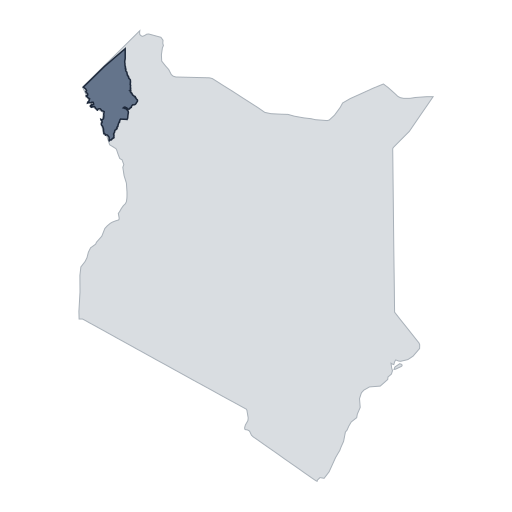 Turkana West, Rift Valley, Kenya shown in context
{"feature_id": "3690345B77554234988908", "entity_name": "Turkana West", "entity_type": "district", "adm_level": 2, "iso_a3": "KEN", "parent_name": "Kenya", "parent_adm1": "Rift Valley", "projection": "albers", "projection_center": [34.901, 4.052], "detail": "fine", "context": "in_parent", "style": "filled", "palette": "slate", "viewbox_px": 512, "rotation_deg": 0, "n_neighbors": 0, "source": "geoboundaries", "source_scale": "gbopen_adm2", "svg_char_len": 7749}
<svg xmlns="http://www.w3.org/2000/svg" viewBox="0 0 512 512"><path d="M79.1,319.0L78.9,311.4L80.0,292.2L79.9,275.4L80.9,266.9L85.1,261.5L87.0,257.7L88.4,252.2L90.6,247.8L95.6,244.2L96.5,242.2L101.8,236.2L104.9,228.4L107.3,225.8L110.3,223.3L112.4,222.1L115.8,220.8L118.5,220.0L119.0,219.4L119.2,218.2L118.3,213.4L119.5,211.8L121.3,208.6L123.4,205.6L125.4,203.7L126.4,201.7L126.9,198.3L127.0,195.9L127.0,192.0L126.4,183.1L124.1,175.7L122.8,167.3L123.8,164.6L122.0,159.7L121.2,159.4L119.7,158.4L117.9,153.7L116.5,149.5L115.7,148.5L109.7,144.8L106.8,136.1L103.5,134.2L101.7,125.6L101.3,123.1L103.2,114.5L103.0,112.5L101.0,110.7L95.5,108.9L90.9,105.3L91.5,104.1L91.9,102.8L89.5,101.9L82.6,87.2L91.5,78.4L100.5,69.4L112.0,58.1L122.6,47.7L131.7,38.7L139.8,30.7L139.6,32.2L139.7,34.3L140.7,35.5L142.3,36.4L144.7,35.5L146.7,34.2L148.7,34.0L160.9,37.3L163.0,40.2L162.8,43.3L163.4,45.6L162.4,47.9L161.4,54.8L161.7,61.1L165.4,65.8L168.7,69.5L171.3,74.6L173.2,76.2L175.9,77.0L184.3,77.2L196.7,77.5L208.7,77.8L209.8,77.9L212.4,78.6L223.4,85.6L233.5,91.9L242.1,97.5L250.4,102.8L258.5,108.0L264.8,112.4L271.0,113.7L281.0,114.2L287.9,114.4L294.4,116.2L303.9,117.9L311.0,118.7L315.4,119.7L327.3,120.6L329.3,120.0L334.5,115.2L340.3,107.3L342.6,103.0L350.2,98.6L363.5,92.6L372.9,88.3L383.4,84.0L388.2,87.6L394.8,93.5L397.7,96.3L400.1,97.6L403.7,98.4L408.0,98.4L410.4,98.3L415.3,97.5L426.6,96.7L433.1,96.7L427.7,104.6L421.2,114.0L409.3,131.4L400.2,140.5L393.3,147.5L392.7,148.7L392.8,156.3L393.0,175.1L393.4,212.5L393.8,249.9L394.3,287.2L394.5,305.9L394.6,312.2L400.7,320.0L406.8,327.6L414.7,337.6L419.0,343.0L419.7,344.8L419.6,348.5L413.1,356.1L407.8,359.6L400.6,361.3L398.5,361.0L395.7,359.9L394.6,361.8L393.8,364.6L392.2,364.0L391.0,363.2L391.7,368.2L392.5,370.7L391.4,374.1L388.0,377.0L387.7,379.5L380.2,386.1L369.5,386.9L363.9,390.1L361.4,392.8L359.5,398.6L360.2,407.4L357.3,414.2L356.7,417.6L351.2,422.0L348.8,426.1L347.0,430.2L345.4,432.0L343.6,441.3L341.1,446.9L340.4,448.7L339.8,450.4L337.8,453.7L336.5,456.0L335.6,457.5L329.1,471.8L324.1,478.3L320.0,477.6L317.4,480.1L317.1,481.3L315.7,480.6L312.3,478.3L305.4,473.5L298.5,468.6L291.6,463.8L284.7,459.0L277.9,454.1L271.0,449.3L264.1,444.5L257.2,439.6L253.1,436.8L251.4,435.1L249.9,431.8L249.3,430.9L247.4,429.9L245.3,429.6L244.7,429.0L244.7,427.4L245.4,425.0L247.9,420.6L248.2,417.9L247.7,415.0L246.9,410.2L246.2,409.1L241.6,406.6L232.1,401.4L222.5,396.2L213.0,390.9L203.5,385.7L193.9,380.5L184.4,375.2L174.9,370.0L165.4,364.7L155.8,359.5L146.3,354.2L136.8,349.0L127.3,343.7L117.8,338.5L108.3,333.2L98.7,327.9L89.2,322.7L85.7,320.7L82.5,319.0L79.1,319.0ZM395.7,369.1L394.0,369.5L394.9,367.0L399.7,363.7L401.7,364.4L402.1,365.2L402.0,365.8L401.2,366.5L395.7,369.1Z" fill="#d9dde1" stroke="#a8b0b8" stroke-width="1"/><path d="M127.0,119.5L127.4,118.8L127.6,118.3L127.7,118.0L127.9,115.4L128.3,112.9L128.4,112.5L128.3,112.3L128.3,111.9L128.2,111.4L128.1,111.0L127.7,110.7L127.6,110.4L127.4,110.2L127.2,110.0L126.9,109.8L126.8,109.5L126.4,109.3L125.9,108.7L125.4,108.5L125.2,108.4L124.9,108.5L124.6,108.3L124.3,108.3L124.1,108.2L123.8,108.0L123.3,107.9L123.6,107.6L124.3,107.1L124.7,107.1L124.9,107.1L125.0,107.1L125.2,107.3L125.5,107.3L125.9,107.6L126.1,107.7L126.3,107.7L126.7,107.8L126.9,108.0L127.2,108.5L127.6,108.9L128.2,109.2L128.4,109.2L128.7,109.1L129.1,109.1L129.3,109.0L129.6,108.8L129.6,108.5L129.7,108.4L130.0,108.3L130.2,108.1L130.2,107.9L130.3,107.8L130.6,107.5L130.8,107.5L130.9,107.4L131.1,107.4L131.3,107.4L131.3,107.0L131.5,106.7L131.6,106.0L132.0,105.6L132.5,104.9L132.9,104.7L133.1,104.7L133.4,104.8L133.8,104.9L134.0,104.8L134.4,104.7L134.8,104.6L135.2,104.4L135.9,103.7L136.0,103.5L136.2,103.2L136.3,103.0L136.4,102.7L136.8,102.2L137.2,101.7L137.3,101.5L137.4,101.3L137.5,101.1L137.5,100.7L137.4,100.5L137.5,100.3L137.4,99.9L137.2,99.6L136.8,99.4L136.3,98.9L136.0,98.4L136.0,98.2L135.9,98.2L135.7,97.8L135.5,97.7L135.4,97.4L135.1,97.2L134.9,96.8L135.0,96.6L134.8,96.6L134.6,96.4L134.4,96.4L134.3,96.2L133.6,95.7L133.2,95.4L133.1,95.2L132.9,95.1L132.7,95.1L132.5,94.9L132.3,94.5L132.3,94.3L132.1,94.1L132.0,93.8L132.0,93.5L131.8,93.4L131.7,93.1L131.4,93.1L131.2,92.8L131.2,92.7L130.8,92.6L130.7,92.3L130.7,92.1L130.5,91.9L130.6,91.6L130.4,91.7L130.3,91.4L130.3,91.2L130.3,90.8L130.1,90.7L130.4,90.6L130.4,90.4L130.4,90.1L130.3,89.9L130.5,89.5L130.4,89.5L130.4,88.8L130.5,88.7L130.4,88.6L130.5,88.2L130.4,87.9L130.6,87.5L130.5,87.3L130.4,87.2L130.4,86.8L130.4,86.7L130.5,86.3L130.6,85.9L130.6,85.5L130.6,85.4L130.4,85.3L130.4,85.2L130.4,84.9L130.3,84.5L130.3,84.3L130.2,84.2L130.4,84.0L130.4,83.9L130.3,83.7L130.3,83.1L130.3,82.9L130.4,82.7L130.5,82.3L130.4,82.2L130.5,82.0L130.5,81.6L130.4,81.5L130.4,81.1L130.4,80.9L130.4,80.5L130.4,80.3L130.4,80.1L130.2,79.6L129.8,79.2L129.7,79.1L129.4,78.8L129.2,78.7L129.0,78.4L128.9,78.3L128.9,78.2L128.7,78.1L128.7,77.9L128.8,77.8L128.8,77.7L128.6,77.6L128.5,77.2L128.6,76.8L128.4,76.5L128.4,76.3L128.1,76.1L127.9,76.0L127.9,75.9L127.7,75.7L127.8,75.6L127.6,75.3L127.5,74.9L127.3,74.8L127.3,74.5L127.2,74.3L127.2,73.8L127.0,73.5L126.9,73.1L127.0,72.7L126.9,72.3L126.9,72.2L126.7,71.9L126.4,71.7L126.2,71.5L125.7,70.7L125.8,70.2L125.7,69.8L125.8,69.8L125.9,69.6L125.9,69.4L125.9,69.1L125.5,69.0L125.3,68.6L125.5,68.0L125.4,67.8L125.5,67.1L125.2,66.8L125.3,66.4L125.0,65.5L124.9,64.9L125.0,64.0L124.8,62.7L124.7,62.0L124.7,61.4L124.9,60.9L124.8,60.6L124.8,60.2L124.9,59.9L125.1,59.5L125.1,59.0L125.2,58.4L125.2,48.7L121.5,51.8L114.7,57.6L110.0,61.7L104.6,66.3L89.9,80.7L83.3,87.1L85.4,88.7L85.8,89.1L86.6,90.7L85.8,91.6L86.4,92.8L87.2,93.2L87.7,93.9L87.7,94.9L87.6,95.3L86.2,95.7L86.3,96.6L87.2,96.8L88.3,98.0L89.6,98.7L89.3,99.9L88.9,101.3L88.7,101.6L87.8,102.0L87.7,102.1L87.5,103.1L88.4,102.8L89.3,102.7L90.2,102.8L91.1,102.7L91.4,102.3L92.6,102.2L92.8,102.2L93.2,102.3L93.6,103.7L93.6,104.5L93.2,104.5L91.6,104.5L91.2,104.9L90.9,105.4L90.6,105.5L90.4,105.6L90.4,105.9L90.7,105.8L90.8,106.0L91.2,105.8L91.4,105.9L92.0,106.1L92.0,106.3L92.1,106.7L90.9,106.9L91.3,107.3L92.1,107.1L93.4,106.6L93.7,106.7L93.6,107.0L93.9,106.7L94.1,106.7L94.3,106.6L94.5,106.6L95.1,107.4L95.5,108.2L96.2,108.9L97.3,109.8L97.1,110.8L97.7,109.4L98.0,109.1L98.5,108.9L99.3,108.7L100.1,108.8L100.4,108.9L101.2,109.9L101.4,110.1L101.5,110.7L102.3,110.8L103.8,111.4L104.2,111.7L103.7,114.3L103.9,115.7L103.6,118.3L103.4,118.7L102.9,119.3L102.4,119.6L101.2,119.7L100.9,119.5L101.0,120.0L101.6,120.6L102.1,121.4L102.2,122.2L101.9,122.7L101.8,122.9L101.4,123.0L101.3,124.6L101.4,124.9L101.9,125.4L102.5,126.1L103.1,127.8L103.5,128.9L103.6,131.3L103.9,132.5L103.8,133.3L104.0,133.6L104.5,133.7L105.1,134.1L105.3,134.5L105.5,135.1L106.3,134.8L107.4,135.1L107.8,135.4L108.4,136.5L109.0,137.0L109.2,137.9L109.1,139.1L109.1,140.5L109.3,140.8L109.4,140.7L109.6,140.4L109.8,140.3L110.2,139.8L110.4,139.8L110.7,139.9L110.9,139.9L111.1,140.0L111.3,139.9L111.8,139.5L111.8,139.2L112.0,138.9L112.3,138.7L112.5,138.5L112.9,138.4L113.1,138.0L113.7,138.0L114.0,137.6L113.9,137.0L113.9,136.6L113.8,136.2L113.9,135.9L113.9,135.6L114.0,135.5L114.0,135.4L113.9,135.2L113.9,134.8L113.7,134.7L113.8,134.4L113.6,134.0L113.6,133.7L114.2,133.0L114.3,132.7L114.3,132.4L114.5,132.3L114.5,132.0L114.7,131.8L114.7,131.1L114.7,130.9L114.8,130.4L115.0,130.2L115.4,130.0L115.7,129.9L116.0,129.3L116.7,129.1L116.8,129.0L116.9,128.8L117.0,128.7L116.9,128.5L117.0,128.2L116.8,128.0L116.8,127.9L116.9,127.4L117.1,127.0L117.5,126.9L117.5,126.6L117.8,126.4L118.0,126.2L118.0,125.7L117.9,125.2L118.2,124.8L118.2,124.5L118.4,124.1L118.4,123.8L118.6,123.4L118.7,123.0L119.0,122.6L119.5,122.2L119.3,121.7L119.4,121.4L119.6,121.3L119.7,121.2L119.8,121.0L119.8,120.5L119.9,120.3L120.0,120.0L120.1,119.6L120.3,119.5L120.3,119.4L120.5,119.1L126.8,119.4L127.0,119.5Z" fill="#64748b" stroke="#1e293b" stroke-width="1.5"/></svg>